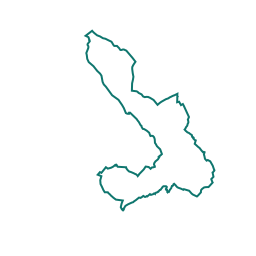 Bungudu, Zamfara, Nigeria, rotated 139°
{"feature_id": "59680162B44112457363104", "entity_name": "Bungudu", "entity_type": "district", "adm_level": 2, "iso_a3": "NGA", "parent_name": "Nigeria", "parent_adm1": "Zamfara", "projection": "orthographic", "projection_center": [6.612, 12.009], "detail": "fine", "context": "isolated", "style": "outline", "palette": "teal", "viewbox_px": 256, "rotation_deg": 139, "n_neighbors": 0, "source": "geoboundaries", "source_scale": "gbopen_adm2", "svg_char_len": 5122}
<svg xmlns="http://www.w3.org/2000/svg" viewBox="0 0 256 256"><g transform="rotate(139 128 128)"><path d="M87.8,48.9L88.8,51.5L90.1,51.8L90.1,54.3L89.3,55.7L88.7,56.8L88.1,58.2L86.1,59.5L86.5,60.3L87.3,60.5L87.3,63.1L87.1,65.9L87.5,67.9L87.7,69.8L88.0,72.3L85.0,74.2L85.5,75.2L85.6,77.2L85.2,77.3L84.9,77.4L84.8,77.7L84.8,78.0L85.1,78.1L85.2,78.7L85.4,79.0L85.2,79.5L85.0,80.1L84.5,80.5L84.5,81.1L84.9,82.3L85.2,84.0L85.4,84.6L86.0,85.7L86.1,86.5L86.1,87.0L86.3,87.7L86.3,89.7L85.0,89.9L84.1,90.4L83.0,90.7L82.0,90.8L81.3,91.2L80.4,91.9L79.1,92.4L78.6,92.8L77.8,94.0L77.4,95.0L74.8,96.3L71.3,108.2L70.9,110.1L73.0,110.5L72.2,114.3L74.0,115.2L71.0,118.4L70.7,118.8L70.6,119.0L70.3,119.2L70.0,119.1L69.8,119.2L69.8,119.3L69.8,119.5L69.7,119.8L69.6,120.1L69.2,120.5L68.3,121.4L69.8,121.8L70.5,122.0L71.5,122.2L72.3,122.6L74.4,123.2L75.3,123.4L76.6,123.8L78.0,123.9L80.6,124.9L85.6,125.9L87.7,126.1L90.5,126.1L90.3,132.4L91.6,136.4L92.5,138.3L93.8,139.5L95.1,140.3L95.9,141.9L95.7,144.5L97.0,147.6L97.0,148.8L97.4,150.0L100.6,153.6L95.6,159.0L92.6,161.2L90.3,163.1L88.5,166.2L86.1,169.8L84.8,171.2L82.9,172.0L80.9,172.6L78.9,173.1L78.6,177.8L78.5,187.5L79.6,189.9L80.3,190.6L81.6,191.1L82.3,191.6L82.6,192.3L82.3,193.8L82.5,197.2L83.5,198.1L84.2,198.6L84.6,199.3L84.5,200.4L83.9,203.6L84.0,204.3L85.2,207.0L86.5,210.2L88.0,212.2L89.0,215.4L90.5,218.2L91.1,221.5L91.3,223.3L91.3,224.9L99.5,225.4L98.8,223.7L98.3,222.7L98.3,222.2L98.6,221.7L98.9,221.1L99.1,220.1L99.3,219.9L99.6,219.9L99.8,219.6L99.7,219.2L99.9,219.0L99.9,218.8L99.9,218.6L100.1,218.5L100.6,218.4L101.2,218.3L101.8,218.2L102.4,218.1L103.1,217.9L103.5,217.8L103.9,217.4L104.1,217.0L104.2,216.0L104.7,215.1L105.7,214.3L110.3,211.9L111.2,210.2L113.4,206.9L114.4,203.5L113.5,197.3L113.8,191.3L113.4,187.3L113.7,184.9L116.9,179.5L117.7,176.8L117.6,173.6L118.5,163.1L116.7,155.5L117.4,149.2L118.1,145.7L119.8,140.7L119.2,139.3L117.9,138.0L117.6,138.1L117.6,138.3L117.6,138.5L117.4,138.8L117.2,138.9L116.9,138.6L116.4,138.2L115.6,129.0L115.8,127.6L115.9,125.3L116.5,122.6L116.6,122.1L116.6,121.7L116.6,121.4L116.4,120.9L116.7,120.4L117.0,119.8L117.4,117.7L116.5,116.5L115.6,113.7L115.1,110.5L116.0,108.3L116.3,107.2L115.1,106.5L114.4,105.5L114.4,103.9L115.2,102.0L117.4,99.1L117.5,97.9L118.1,95.2L117.7,90.8L118.4,89.0L119.5,86.1L120.9,86.0L122.5,86.2L123.7,86.1L123.5,85.5L125.6,84.8L126.3,84.7L129.3,84.8L129.5,84.7L129.9,84.6L130.5,84.5L130.7,84.4L130.8,84.4L131.0,84.3L131.1,84.2L131.3,84.1L131.5,84.1L132.1,83.6L132.4,83.3L132.6,82.4L132.8,81.7L133.2,81.1L135.0,81.9L135.7,82.5L136.5,82.5L137.0,82.5L137.7,82.4L137.9,84.1L138.0,85.0L138.6,85.7L139.2,86.4L139.6,86.9L140.0,87.3L143.3,86.4L145.6,86.2L149.3,85.9L149.6,85.9L149.9,85.8L150.0,85.8L150.1,85.7L150.3,85.7L150.5,85.6L152.2,85.3L152.1,85.8L151.9,86.0L152.1,86.5L152.2,86.8L152.3,87.8L153.0,89.1L153.3,90.0L154.6,92.7L155.7,94.5L155.9,96.5L155.7,98.8L155.2,99.6L161.2,105.5L161.2,106.8L161.2,107.2L160.9,107.3L160.9,107.8L161.9,107.8L161.9,108.5L163.2,108.5L163.6,108.5L164.7,108.6L166.8,109.1L169.9,110.6L170.4,112.9L177.5,111.6L178.1,113.1L181.5,112.6L179.7,109.1L183.2,106.8L185.5,103.7L186.2,100.9L187.3,97.2L187.7,94.7L185.4,92.7L185.5,91.7L185.2,89.6L185.2,88.1L185.0,86.9L184.8,85.2L184.4,83.2L184.2,82.5L184.1,81.9L179.5,76.7L182.5,75.1L185.4,73.0L186.0,70.6L185.8,69.1L184.8,69.2L184.8,70.1L183.2,70.1L182.7,70.4L181.0,70.9L178.1,70.4L174.0,69.2L172.7,68.6L171.7,68.7L169.3,68.4L166.4,68.3L166.2,68.3L165.4,68.3L165.2,68.1L164.8,67.6L164.7,67.4L164.6,67.2L164.2,67.2L163.6,66.8L161.0,66.7L160.6,65.3L160.4,64.8L159.6,64.4L158.5,64.3L158.3,63.7L154.8,63.7L154.7,63.2L154.6,62.5L152.5,61.6L152.0,61.5L151.6,61.4L151.4,61.5L151.3,61.4L151.1,61.3L151.0,61.2L151.0,60.9L150.9,60.6L150.7,60.8L150.4,60.8L150.3,61.0L150.1,61.0L150.0,60.9L149.9,60.9L149.7,60.8L149.4,60.8L149.2,60.8L148.9,60.7L148.6,60.4L147.9,60.2L147.8,60.3L147.4,60.3L147.3,60.1L147.0,60.0L146.9,60.1L146.6,60.1L146.4,60.2L145.9,60.2L145.2,60.3L144.7,60.4L144.5,60.2L144.3,60.1L143.9,60.1L143.7,60.0L143.1,60.2L142.8,60.3L142.3,60.4L141.8,60.5L141.4,60.5L140.8,60.8L139.5,60.8L138.3,59.8L138.0,59.5L137.6,59.2L137.4,58.8L137.4,58.3L137.4,58.0L138.0,57.6L138.9,57.3L139.5,57.1L139.6,56.8L139.7,56.6L139.5,56.4L139.4,56.2L139.5,56.0L139.5,55.8L139.4,55.7L139.2,55.6L139.3,55.4L139.5,55.2L139.6,54.8L139.8,54.5L139.9,54.4L139.6,54.3L139.5,54.2L139.5,53.9L139.9,53.8L139.9,53.6L140.0,53.4L139.9,53.4L139.7,53.4L139.4,53.4L139.4,53.5L139.2,53.4L139.1,53.2L139.0,53.3L138.9,53.4L138.7,53.3L138.5,53.2L138.3,53.3L136.9,53.9L135.8,54.1L135.0,54.2L134.6,54.4L134.3,54.6L134.0,54.8L132.9,55.4L132.6,55.2L132.3,55.0L131.8,55.1L131.2,55.2L131.0,55.5L130.5,55.7L130.4,55.6L129.8,55.6L129.7,54.3L129.6,53.5L129.6,53.3L129.7,52.9L129.7,52.6L129.7,51.8L129.6,50.8L129.2,49.9L128.9,49.3L127.9,47.6L126.8,45.1L126.0,45.2L125.8,44.9L123.0,40.5L123.0,36.8L122.7,35.2L120.9,31.1L119.4,31.1L115.2,31.6L114.6,32.3L113.5,33.2L112.0,33.4L109.5,33.2L107.9,32.2L106.0,30.6L99.9,31.3L99.8,31.8L98.7,34.8L95.5,35.1L93.4,38.9L92.8,38.8L92.2,39.0L91.5,39.2L91.1,39.1L90.5,39.4L90.2,40.5L88.8,43.9L87.8,48.9Z" fill="none" stroke="#0f766e" stroke-width="2"/></g></svg>